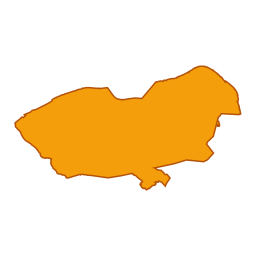 Hof van Twente, Overijssel, Netherlands
{"feature_id": "6326949B30942304691206", "entity_name": "Hof van Twente", "entity_type": "district", "adm_level": 2, "iso_a3": "NLD", "parent_name": "Netherlands", "parent_adm1": "Overijssel", "projection": "robinson", "projection_center": [6.584, 52.236], "detail": "fine", "context": "isolated", "style": "filled", "palette": "amber", "viewbox_px": 256, "rotation_deg": 0, "n_neighbors": 0, "source": "geoboundaries", "source_scale": "gbopen_adm2", "svg_char_len": 5423}
<svg xmlns="http://www.w3.org/2000/svg" viewBox="0 0 256 256"><path d="M155.7,82.1L150.2,88.7L141.9,98.5L135.0,98.0L127.2,99.0L125.4,99.5L121.8,99.6L121.8,99.8L118.1,99.0L117.0,98.9L114.5,97.0L113.0,95.3L107.5,87.7L106.2,87.8L99.2,88.6L99.2,88.3L95.3,88.3L94.7,88.0L93.3,88.1L92.4,87.9L91.0,87.8L88.6,87.6L87.1,87.7L86.5,87.6L86.1,87.7L85.7,87.7L85.0,88.0L83.7,88.2L82.9,88.0L82.5,88.2L81.9,88.7L80.8,89.1L78.5,89.5L77.2,89.8L76.2,90.6L74.5,90.9L74.4,90.9L68.0,93.0L64.7,94.0L64.5,94.3L61.5,95.1L60.0,95.8L59.2,96.3L58.4,96.5L56.7,97.2L56.4,97.5L56.1,97.4L55.9,97.7L55.0,98.0L52.1,99.6L52.0,101.0L48.8,103.0L46.7,104.1L45.8,104.6L37.2,108.9L36.4,109.4L32.2,110.4L30.6,112.0L29.2,112.6L24.3,114.6L24.2,114.7L24.6,114.9L25.7,115.3L24.1,116.8L23.5,117.6L22.0,117.0L21.2,117.8L18.3,120.3L16.5,121.6L15.4,122.7L15.6,122.7L15.4,123.9L15.4,126.2L15.5,126.3L15.6,126.9L15.8,127.1L16.7,128.0L17.9,129.4L19.9,131.3L21.0,133.3L21.7,135.3L22.0,135.6L22.2,136.1L22.8,136.9L23.3,137.9L23.6,138.3L25.3,140.2L25.8,140.7L26.5,141.1L27.0,141.3L28.3,142.3L28.9,142.5L29.1,142.8L29.4,143.0L29.7,143.2L30.0,143.2L30.9,143.8L31.2,144.1L31.4,144.6L31.5,144.8L32.4,145.2L32.7,145.5L33.6,146.1L35.0,147.4L35.5,147.7L36.5,148.9L37.1,149.4L37.3,150.1L37.8,150.3L37.9,150.5L38.1,150.8L38.3,151.5L38.7,152.0L39.2,152.6L40.0,153.2L40.4,154.0L40.2,154.8L40.7,155.6L41.1,156.5L42.3,157.2L42.5,157.6L43.5,157.7L44.0,157.9L45.1,158.2L45.5,158.1L46.0,158.2L46.2,157.9L46.6,157.9L48.0,158.0L48.7,158.3L49.6,158.2L50.0,158.4L50.3,158.4L50.5,158.7L51.5,159.0L51.4,159.2L51.2,159.5L50.9,160.0L51.1,160.8L51.1,161.2L51.0,161.6L51.0,161.8L50.9,162.2L51.1,162.6L50.8,163.2L51.1,164.0L51.1,164.4L51.3,164.7L51.4,165.0L52.0,166.1L52.8,167.0L53.2,168.4L53.7,168.8L54.1,169.0L55.4,170.2L55.8,170.7L56.3,171.1L57.4,173.6L58.3,173.8L60.1,174.0L61.2,174.3L61.8,174.7L62.1,175.0L63.7,175.0L64.5,175.4L65.2,175.7L66.0,176.9L66.3,177.1L66.2,177.7L66.8,177.9L68.4,177.9L71.8,176.9L74.4,176.0L75.0,175.9L79.1,174.7L80.2,174.4L80.7,174.4L80.7,174.5L80.8,174.4L83.2,174.4L83.3,174.6L86.3,174.9L87.6,175.2L91.6,175.5L102.2,177.0L104.1,177.3L108.4,177.8L121.3,175.7L130.2,173.8L130.6,173.6L131.3,173.6L131.6,173.4L131.9,173.4L132.2,173.5L132.7,173.8L132.3,173.9L132.8,174.1L133.0,174.0L133.9,174.8L133.9,175.1L134.0,175.2L134.4,175.1L135.0,175.4L135.2,175.5L135.7,175.6L136.8,176.6L137.4,177.3L139.6,179.0L142.5,181.4L142.4,182.0L141.6,182.3L141.1,182.7L141.2,182.9L140.7,183.4L140.4,183.4L140.3,184.3L140.4,184.5L140.6,184.6L140.2,184.7L140.8,185.7L141.7,186.8L141.6,187.1L141.8,187.3L142.0,187.3L142.4,187.8L142.8,188.2L143.2,188.5L144.5,188.1L145.4,189.0L145.8,189.2L146.4,189.8L147.6,189.1L147.7,188.9L148.1,188.7L148.2,188.8L148.7,188.7L149.8,188.1L150.8,187.2L152.8,185.3L154.1,185.4L154.4,185.4L155.0,185.1L155.0,184.8L155.5,184.6L155.7,184.4L155.6,184.0L155.7,183.7L155.9,183.5L155.9,183.1L156.1,182.7L155.8,182.5L155.1,182.2L155.6,181.9L156.2,182.1L156.4,182.1L156.6,181.9L157.8,182.3L158.1,181.9L158.7,181.5L158.6,181.0L158.7,180.9L158.8,181.0L159.2,181.4L159.8,181.6L160.4,181.7L161.6,182.1L165.3,186.2L166.3,183.7L170.0,178.1L169.3,177.3L169.4,177.2L168.8,176.5L166.9,174.3L166.0,174.7L165.4,174.5L164.8,174.2L164.2,173.6L164.0,173.3L163.8,172.8L163.3,172.4L163.0,172.0L162.0,171.4L161.7,171.1L161.4,170.4L160.7,170.4L160.2,170.2L158.7,170.1L157.3,169.7L156.8,169.5L156.8,169.4L156.0,168.8L156.0,168.7L155.6,168.4L155.2,168.1L154.6,167.9L173.8,163.8L186.5,160.0L203.6,161.7L207.6,159.7L213.5,153.1L206.6,144.2L207.4,142.0L213.3,136.4L216.1,125.7L216.2,125.4L216.6,123.7L216.8,124.3L217.0,124.7L217.8,125.2L217.8,125.4L217.7,125.8L217.6,126.1L217.7,126.3L218.3,126.3L219.2,126.2L219.4,125.5L219.6,125.2L219.4,124.8L219.1,124.3L219.4,123.9L219.3,123.5L219.0,123.0L218.6,121.3L217.2,121.5L218.3,117.2L219.5,116.3L219.8,116.0L221.4,113.7L235.3,114.4L236.5,114.5L237.5,114.5L237.8,114.6L238.8,114.6L239.6,114.4L240.6,114.0L240.2,113.4L240.5,113.2L239.8,109.6L239.4,109.5L239.6,109.1L239.3,107.5L239.1,107.4L239.3,107.0L239.0,106.1L238.8,105.3L238.2,104.2L238.2,103.8L238.2,103.6L238.0,103.1L237.9,102.5L237.2,101.7L237.8,101.5L238.3,99.8L238.1,99.1L237.7,98.9L237.8,98.9L238.2,98.2L238.0,97.8L237.7,96.2L237.8,95.6L237.7,95.5L237.8,95.5L237.7,95.5L237.6,94.6L237.3,93.5L236.7,92.0L236.6,91.9L235.8,90.4L235.3,89.8L235.1,89.4L234.8,89.1L234.5,89.3L234.4,89.2L233.9,87.9L233.2,87.2L230.9,85.2L230.4,84.8L230.3,84.7L230.0,84.6L229.2,83.8L227.2,82.2L226.7,81.9L225.9,82.1L225.8,81.4L225.0,81.7L225.0,81.0L225.0,80.9L224.0,80.5L223.7,80.2L223.0,79.3L222.4,78.2L222.2,78.1L222.0,77.8L221.6,77.3L221.5,77.1L221.1,76.9L220.8,77.0L220.7,76.7L220.4,76.5L220.1,76.5L219.9,76.0L219.6,75.7L219.0,75.1L217.9,74.4L218.0,74.2L217.8,74.1L216.7,73.1L213.3,70.6L213.2,70.4L212.7,70.4L212.8,70.1L212.7,70.1L211.8,69.6L211.6,69.6L209.1,68.1L208.9,68.0L208.5,67.8L207.3,67.2L206.5,66.9L206.0,67.0L205.9,66.7L205.6,66.6L203.5,66.3L203.3,66.4L202.2,66.2L200.8,66.2L199.4,66.4L198.1,66.7L197.2,67.0L196.8,67.2L196.6,67.4L196.4,67.3L195.5,67.8L195.2,68.1L195.0,67.9L193.4,68.7L193.4,68.9L192.0,69.8L191.8,70.0L190.5,70.7L189.3,71.5L189.2,71.5L188.7,71.8L188.7,72.1L188.5,71.9L186.1,73.3L183.7,74.5L179.2,76.4L179.1,76.5L179.0,76.4L178.5,76.6L178.4,76.8L178.3,76.7L177.1,77.1L176.8,77.9L173.3,78.7L172.4,78.5L170.1,79.0L170.0,78.9L166.6,79.9L166.1,80.6L165.5,80.3L164.5,80.4L164.2,80.2L163.6,80.4L162.8,81.4L162.1,81.1L160.5,81.0L155.7,82.1Z" fill="#f59e0b" stroke="#b45309" stroke-width="1.5"/></svg>